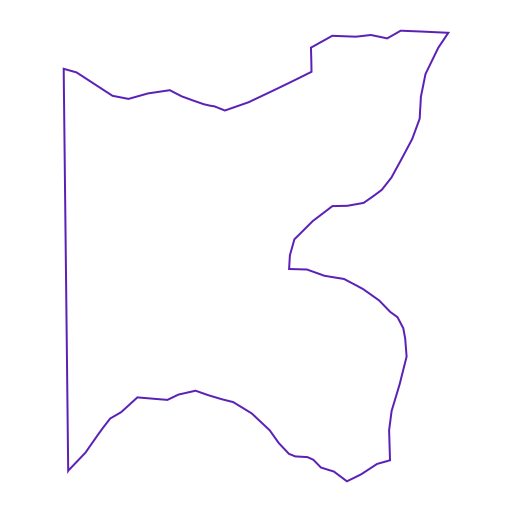 Biltine, Wadi Fira, Chad (Mercator projection)
{"feature_id": "50815135B98948114650625", "entity_name": "Biltine", "entity_type": "district", "adm_level": 2, "iso_a3": "TCD", "parent_name": "Chad", "parent_adm1": "Wadi Fira", "projection": "mercator", "projection_center": [20.967, 14.969], "detail": "fine", "context": "isolated", "style": "outline", "palette": "violet", "viewbox_px": 512, "rotation_deg": 0, "n_neighbors": 0, "source": "geoboundaries", "source_scale": "gbopen_adm2", "svg_char_len": 1344}
<svg xmlns="http://www.w3.org/2000/svg" viewBox="0 0 512 512"><path d="M68.2,470.8L68.4,470.5L85.5,452.6L89.3,447.1L97.5,435.4L102.9,427.9L110.2,418.5L121.1,412.2L137.4,397.4L167.4,399.9L178.4,394.6L195.5,390.7L208.6,395.3L221.7,399.2L233.2,402.1L251.7,413.4L269.7,430.3L278.8,443.1L288.9,453.8L295.2,456.4L307.4,457.1L311.7,459.0L313.2,459.7L313.5,459.9L320.9,467.5L329.8,470.3L333.8,471.5L336.5,473.5L346.9,481.3L361.2,474.3L377.1,463.9L390.0,460.3L390.0,460.1L389.1,430.3L391.6,411.0L399.6,384.4L406.6,356.6L405.2,338.7L403.3,328.3L397.5,317.2L390.2,311.9L379.2,300.5L363.1,289.1L344.1,279.0L324.5,275.8L306.9,269.5L289.1,269.0L289.9,255.3L294.4,239.3L301.9,231.9L312.7,221.1L332.4,206.1L347.4,205.8L363.6,202.9L373.8,195.8L381.8,189.8L391.4,177.6L401.3,159.5L412.2,139.0L419.7,118.6L420.1,110.5L420.5,104.4L420.9,96.7L425.5,74.0L432.8,59.0L438.3,47.7L448.3,32.8L420.6,31.5L400.7,30.7L393.2,35.0L387.1,38.4L383.5,37.6L370.9,35.0L355.9,36.7L332.2,35.8L329.2,37.5L311.0,47.6L311.0,49.2L311.3,60.2L311.5,71.8L290.5,82.2L283.9,85.4L274.4,90.0L251.4,100.9L248.4,102.3L224.9,110.5L214.8,106.5L214.5,106.3L214.1,106.3L210.2,105.7L203.7,104.2L192.8,100.4L184.0,97.2L181.8,96.4L178.3,94.6L169.8,90.2L148.1,93.4L128.5,98.9L112.5,95.8L76.5,72.4L64.0,68.9L63.7,68.8L63.9,88.5L67.0,362.8L68.2,470.8Z" fill="none" stroke="#5b21b6" stroke-width="2"/></svg>